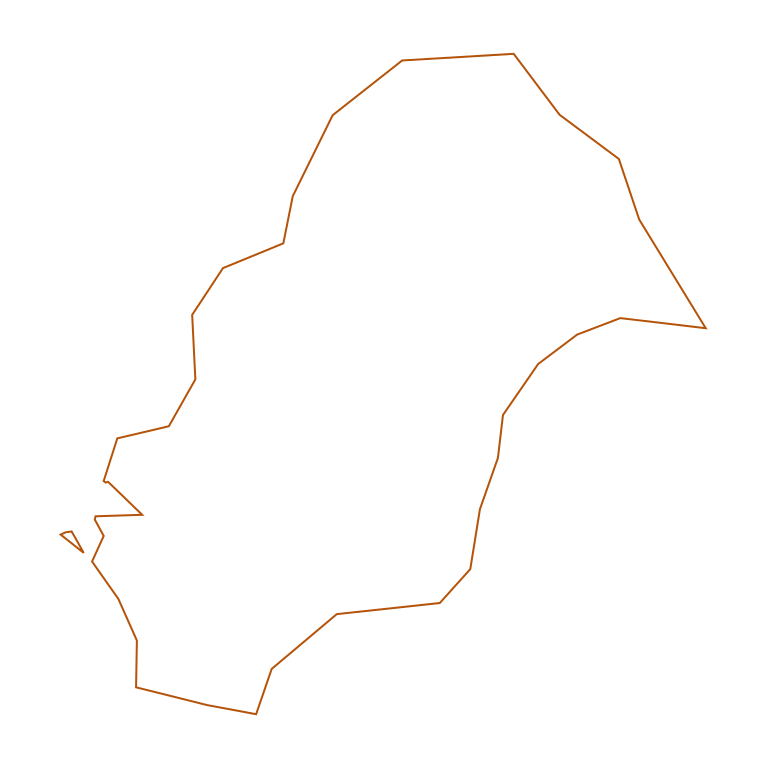 outline of Potamia, Nicosia, Cyprus, rotated 181°
{"feature_id": "46923920B79124900132946", "entity_name": "Potamia", "entity_type": "district", "adm_level": 2, "iso_a3": "CYP", "parent_name": "Cyprus", "parent_adm1": "Nicosia", "projection": "albers", "projection_center": [33.464, 35.05], "detail": "fine", "context": "isolated", "style": "outline", "palette": "amber", "viewbox_px": 768, "rotation_deg": 181, "n_neighbors": 0, "source": "geoboundaries", "source_scale": "gbopen_adm2", "svg_char_len": 701}
<svg xmlns="http://www.w3.org/2000/svg" viewBox="0 0 768 768"><g transform="rotate(181 384 384)"><path d="M63.3,445.4L131.7,552.9L153.1,613.1L213.1,656.2L260.1,716.4L371.5,707.8L440.0,651.9L478.5,570.2L487.1,522.9L547.0,497.1L577.0,449.8L572.7,385.3L598.4,338.0L649.7,325.0L662.6,282.0L660.6,280.6L658.2,281.4L623.5,249.0L670.1,246.7L670.8,243.4L661.6,227.2L672.8,201.4L645.8,164.4L626.6,123.2L626.6,76.4L555.4,59.9L506.1,51.6L491.3,97.2L427.2,153.1L324.4,166.0L294.5,200.4L285.9,260.5L268.8,312.1L264.5,355.1L230.2,406.7L191.7,436.8L148.9,454.0L63.3,445.4ZM701.8,229.1L704.7,227.8L681.3,209.9L689.6,224.1L693.8,231.1L699.6,230.2L701.8,229.1Z" fill="none" stroke="#b45309" stroke-width="2"/></g></svg>